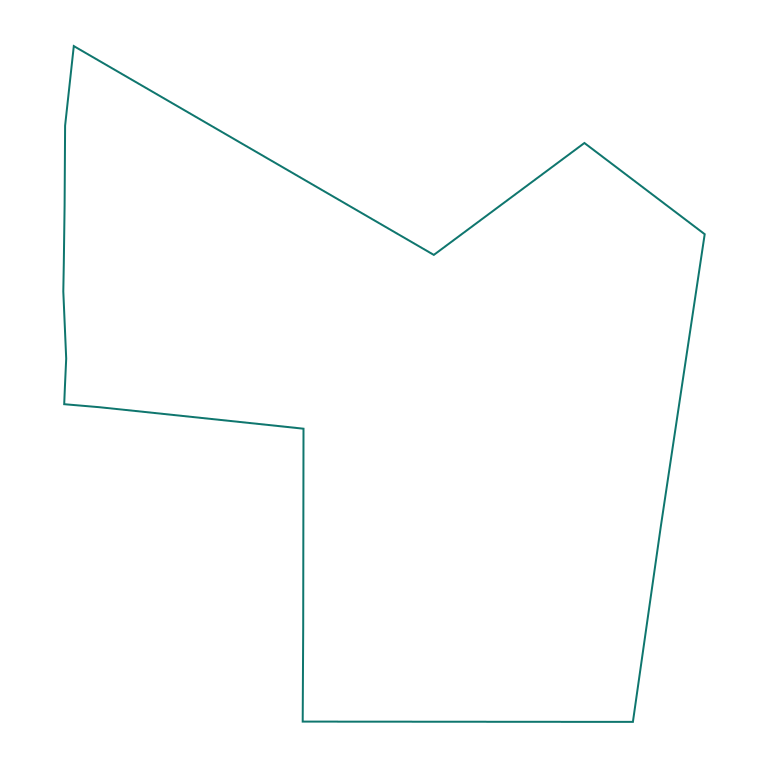 outline of Basseknou, Hodh ech Chargui, Mauritania
{"feature_id": "47542326B79518958456259", "entity_name": "Basseknou", "entity_type": "district", "adm_level": 2, "iso_a3": "MRT", "parent_name": "Mauritania", "parent_adm1": "Hodh ech Chargui", "projection": "equal_earth", "projection_center": [-6.334, 16.078], "detail": "fine", "context": "isolated", "style": "outline", "palette": "teal", "viewbox_px": 768, "rotation_deg": 0, "n_neighbors": 0, "source": "geoboundaries", "source_scale": "gbopen_adm2", "svg_char_len": 345}
<svg xmlns="http://www.w3.org/2000/svg" viewBox="0 0 768 768"><path d="M302.7,721.6L632.9,721.9L660.8,526.5L704.7,234.2L584.4,143.0L433.8,254.9L267.1,158.2L73.8,46.1L65.1,125.7L64.6,205.6L63.8,263.5L63.3,291.5L66.2,358.6L64.9,387.2L64.2,404.2L99.3,407.2L303.5,428.7L303.2,627.8L302.7,721.6Z" fill="none" stroke="#0f766e" stroke-width="2"/></svg>